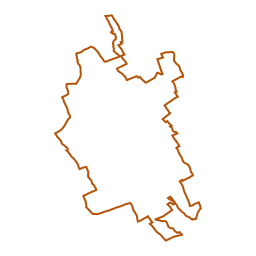 the district of Botesti, Vaslui, Romania
{"feature_id": "2599482B66612937018908", "entity_name": "Botesti", "entity_type": "district", "adm_level": 2, "iso_a3": "ROU", "parent_name": "Romania", "parent_adm1": "Vaslui", "projection": "robinson", "projection_center": [27.902, 46.78], "detail": "fine", "context": "isolated", "style": "outline", "palette": "amber", "viewbox_px": 256, "rotation_deg": 0, "n_neighbors": 0, "source": "geoboundaries", "source_scale": "gbopen_adm2", "svg_char_len": 5759}
<svg xmlns="http://www.w3.org/2000/svg" viewBox="0 0 256 256"><path d="M192.9,175.3L192.4,173.8L190.9,171.9L190.2,168.7L189.5,167.0L188.4,165.1L188.2,164.8L186.8,164.0L184.4,162.8L183.5,162.0L182.4,160.0L182.2,158.7L182.0,158.0L179.6,154.3L178.5,152.1L178.3,151.5L178.3,151.1L178.1,150.4L177.5,149.6L176.4,147.8L179.4,146.1L177.0,142.3L176.7,142.1L176.2,141.5L176.0,141.2L176.1,140.9L175.0,139.8L173.7,137.9L172.3,135.5L177.0,133.6L176.7,133.4L176.5,132.7L176.6,132.4L176.0,132.1L174.5,131.9L172.7,130.5L172.4,129.6L172.2,128.1L171.1,126.3L170.3,126.7L170.0,126.4L171.4,125.6L168.6,122.8L167.4,121.1L165.7,122.3L163.6,120.0L162.6,119.1L170.0,113.4L170.1,113.2L169.8,113.1L169.2,112.4L168.2,110.6L166.0,107.7L164.9,105.7L164.6,105.4L175.4,97.9L177.7,96.7L174.8,92.3L176.6,91.7L175.9,90.7L175.7,90.2L175.5,87.7L174.8,85.4L173.9,83.5L172.9,82.0L172.4,81.3L179.7,77.3L181.3,76.6L181.9,76.6L182.4,77.0L183.2,76.7L182.7,74.0L180.2,69.9L180.0,68.8L179.9,68.1L179.6,67.5L178.9,65.8L177.4,64.5L176.3,63.7L174.5,61.4L174.0,60.6L173.9,60.3L174.2,58.1L174.0,57.3L174.4,55.7L174.2,54.4L173.9,53.6L173.1,52.5L172.6,52.0L172.4,52.0L171.4,52.0L168.5,52.3L166.1,52.3L165.6,52.4L161.2,54.0L163.0,57.5L157.4,59.2L158.4,62.1L158.6,63.1L159.7,66.2L160.9,69.9L161.3,70.8L161.4,71.4L161.8,71.9L162.0,72.9L162.5,73.8L162.5,74.2L162.2,74.4L161.5,74.5L157.8,72.7L157.2,72.8L156.8,73.2L156.6,74.1L155.2,76.7L155.1,77.1L155.1,77.5L146.2,82.6L146.0,82.4L145.0,82.2L144.4,81.6L143.9,81.0L142.6,80.0L141.4,78.8L139.9,76.9L138.4,77.7L136.7,76.2L126.8,80.1L126.0,78.4L124.8,76.2L124.4,76.2L123.7,75.4L122.5,74.0L121.3,73.2L120.8,72.7L120.2,72.5L117.9,70.8L117.0,68.6L126.6,63.8L125.3,61.4L124.2,60.4L122.6,58.4L122.0,57.8L121.7,57.3L121.7,57.0L121.3,56.2L121.3,55.8L124.3,54.7L124.5,54.5L122.6,51.6L122.0,50.0L121.3,48.9L118.4,45.3L118.4,45.1L121.5,43.9L120.9,42.1L122.4,42.2L122.0,35.7L121.5,31.7L120.4,30.0L119.6,29.4L119.2,28.4L119.2,27.0L118.5,26.2L118.3,25.3L117.8,25.0L117.4,23.9L117.0,23.7L115.6,21.2L114.0,19.2L111.8,15.4L110.6,15.4L110.0,15.6L109.1,15.8L106.4,16.0L105.9,15.9L105.5,16.0L107.7,20.2L108.5,21.2L109.6,24.0L112.7,30.0L112.3,30.4L112.8,31.3L112.7,31.6L111.8,31.8L111.4,31.8L111.2,32.0L111.1,32.5L111.7,32.7L112.4,33.2L113.0,33.8L113.6,33.8L114.5,33.7L116.0,36.9L115.7,38.2L115.8,39.0L114.9,39.6L113.5,41.3L112.8,43.9L113.5,44.9L113.6,45.5L113.2,46.7L113.8,48.1L113.9,49.3L113.6,50.8L115.0,52.3L115.7,52.7L116.8,53.8L117.7,54.2L119.8,56.2L119.0,56.8L110.7,59.8L106.2,61.5L105.1,61.8L104.4,61.4L103.1,59.8L102.9,59.3L101.5,57.3L100.5,56.4L98.3,52.6L97.8,51.8L97.0,51.1L94.5,48.4L93.6,47.7L92.9,47.4L92.2,47.3L90.6,46.8L90.2,46.9L89.8,47.3L87.8,48.4L84.1,49.9L82.3,51.1L81.9,51.7L81.3,52.1L79.7,52.7L79.1,52.7L76.7,53.3L76.2,53.6L76.2,54.0L76.5,54.5L76.5,55.5L76.9,57.1L76.9,58.2L77.7,60.3L77.8,61.0L77.4,61.2L77.7,62.7L78.1,63.6L79.9,65.5L80.0,65.9L80.0,66.3L80.3,67.3L80.5,67.6L80.6,68.5L80.5,69.6L80.8,74.1L80.7,75.2L80.2,76.8L79.6,78.4L76.3,83.4L76.3,83.7L75.9,83.8L72.1,83.7L70.4,83.9L67.5,83.9L66.4,84.3L66.6,85.2L66.6,86.3L66.6,87.1L66.6,87.6L68.0,91.0L68.2,92.7L68.3,93.8L67.8,94.2L67.4,94.6L62.1,97.3L63.4,99.5L63.7,100.3L63.9,101.7L65.0,103.7L65.5,104.8L66.0,105.7L67.4,108.8L68.0,111.9L68.4,113.0L70.1,116.2L70.1,117.0L69.7,118.0L69.6,118.3L69.2,118.4L68.3,119.0L64.1,126.4L62.8,127.9L62.7,128.2L61.3,129.7L57.4,132.2L55.2,133.4L56.1,134.8L56.8,136.2L58.0,137.6L59.0,138.6L61.3,141.5L61.6,143.2L62.6,144.3L63.9,145.1L67.6,148.3L67.6,150.3L66.7,150.5L67.0,150.7L68.8,152.8L70.1,154.5L71.7,156.8L74.0,159.0L76.0,161.4L77.5,163.8L78.1,165.1L78.4,166.3L79.5,169.1L82.9,167.7L86.4,166.9L86.6,167.9L87.2,169.1L87.6,170.4L88.4,171.9L88.4,172.5L88.2,172.8L88.1,173.1L88.4,173.5L88.5,173.8L88.0,175.1L88.3,175.4L88.2,177.1L88.3,177.3L89.2,177.7L89.9,179.0L91.2,180.3L91.4,181.1L91.8,182.0L92.2,183.7L93.9,185.0L94.8,186.9L95.8,188.4L96.3,190.0L90.4,192.4L86.3,194.6L83.4,195.7L83.4,196.0L83.9,197.4L85.2,200.4L85.8,202.1L86.4,206.2L86.1,206.9L92.6,213.9L97.7,214.1L106.2,211.2L107.9,210.7L108.6,210.7L110.5,209.8L113.9,208.6L115.3,207.9L117.2,207.3L120.5,206.3L124.8,204.5L126.1,204.1L128.8,203.4L130.0,202.9L130.4,203.5L131.1,204.0L131.8,205.0L132.1,205.7L132.4,206.9L132.9,208.1L132.9,208.8L133.6,210.3L133.7,210.8L134.4,211.7L135.0,212.2L135.6,213.7L135.9,214.1L136.6,215.4L137.0,216.4L137.2,217.7L137.3,219.3L137.9,221.6L141.2,220.3L145.0,217.9L146.2,217.5L147.0,216.7L148.0,216.3L148.9,218.0L149.9,218.9L150.4,219.9L152.4,222.4L149.8,223.9L150.2,224.4L151.4,225.1L154.2,228.6L155.3,230.1L155.8,230.9L156.7,231.9L158.3,233.0L161.2,235.4L163.5,238.2L165.9,240.6L170.9,238.1L172.9,237.1L173.9,236.8L174.6,236.5L181.9,234.8L181.7,234.3L181.1,233.7L179.5,232.1L179.0,232.4L177.9,232.7L176.8,232.6L175.0,231.2L174.0,229.8L173.5,228.9L173.1,228.4L170.5,228.1L169.6,227.6L168.4,226.6L166.8,222.6L165.7,221.2L164.8,221.0L164.0,221.0L162.9,221.3L160.9,220.9L158.8,220.2L157.5,220.0L156.5,220.0L155.7,219.3L163.0,216.4L165.4,214.8L165.9,214.3L166.8,213.8L171.2,210.7L172.1,210.2L170.7,207.9L170.7,207.6L167.5,204.3L169.9,202.6L171.6,203.4L172.5,204.1L173.5,204.5L174.8,203.1L174.8,202.8L174.1,202.4L173.1,201.3L172.4,200.8L168.6,198.7L168.0,198.1L170.2,196.7L170.9,197.4L175.1,202.7L175.1,203.1L175.6,203.9L176.7,205.0L177.7,207.2L179.2,209.4L180.3,209.8L180.9,210.7L181.4,211.4L184.2,213.4L185.7,215.6L186.8,216.3L188.2,216.7L189.2,217.2L190.6,218.3L191.5,219.3L192.3,219.0L192.6,219.5L196.0,218.8L197.0,215.1L197.9,212.4L200.2,208.8L200.8,208.5L200.5,207.2L200.1,205.7L198.7,202.3L193.8,204.4L193.1,205.2L192.6,205.4L192.0,205.6L191.1,205.6L189.8,206.0L189.7,204.9L189.4,203.5L186.9,197.4L185.6,194.5L185.2,193.5L184.5,192.3L182.6,185.9L181.8,184.5L179.7,181.3L182.3,179.9L182.7,180.9L186.0,179.0L189.2,177.6L192.9,175.3Z" fill="none" stroke="#b45309" stroke-width="2"/></svg>